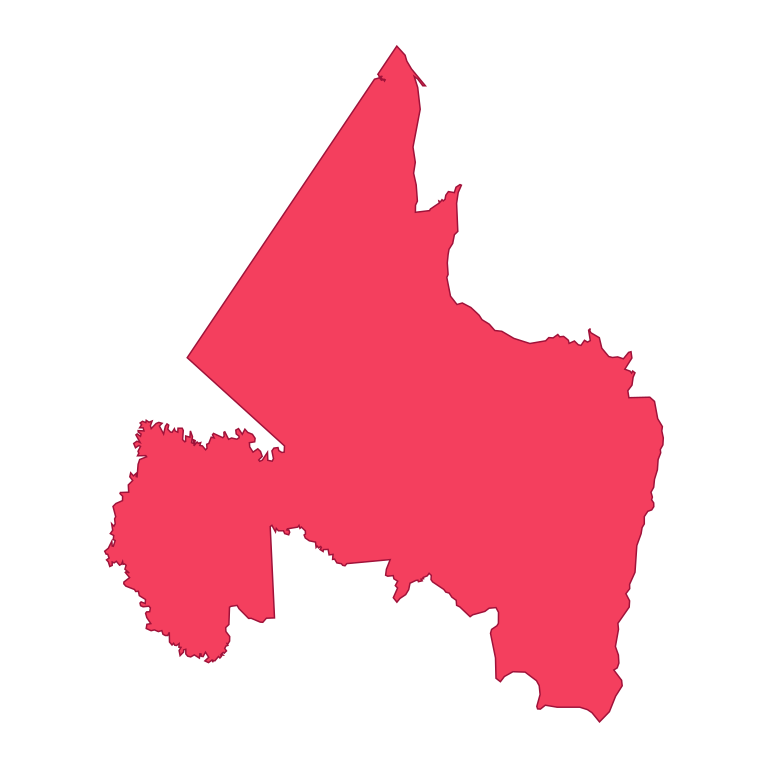 the district of San Vicente De Chucuri, Santander, Colombia
{"feature_id": "7082276B82845110848853", "entity_name": "San Vicente De Chucuri", "entity_type": "district", "adm_level": 2, "iso_a3": "COL", "parent_name": "Colombia", "parent_adm1": "Santander", "projection": "natural_earth1", "projection_center": [-73.583, 6.928], "detail": "fine", "context": "isolated", "style": "filled", "palette": "rose", "viewbox_px": 768, "rotation_deg": 0, "n_neighbors": 0, "source": "geoboundaries", "source_scale": "gbopen_adm2", "svg_char_len": 6109}
<svg xmlns="http://www.w3.org/2000/svg" viewBox="0 0 768 768"><path d="M128.3,484.9L128.7,492.2L120.4,492.5L120.0,493.6L122.6,496.2L122.5,500.6L115.9,503.5L113.0,506.4L115.7,516.7L114.6,518.9L115.2,523.8L113.9,526.2L111.7,523.8L112.7,530.3L110.3,533.6L113.7,535.5L113.3,539.6L115.2,540.5L113.3,546.3L112.2,546.1L111.8,541.2L108.3,548.3L104.7,551.2L106.1,554.1L107.7,554.3L109.1,558.0L106.5,559.9L108.3,561.8L109.8,566.5L112.2,565.4L112.2,562.0L114.1,562.9L116.3,561.3L119.6,565.2L121.5,564.2L122.6,561.6L123.1,564.3L124.5,563.9L126.1,565.3L124.9,569.2L129.3,573.0L126.2,571.6L125.3,572.4L129.6,577.6L123.9,582.0L123.8,583.8L125.8,586.1L134.5,589.5L135.7,591.5L138.4,591.3L139.3,595.6L145.5,599.5L145.2,603.5L141.1,601.9L140.0,603.1L140.6,605.7L143.1,606.8L148.9,606.2L150.4,607.9L149.7,611.7L146.6,611.9L145.6,613.3L146.8,617.6L150.8,623.6L146.9,624.3L146.2,628.5L151.1,630.7L154.4,629.9L158.4,631.6L161.8,630.6L163.0,634.3L165.3,635.5L167.7,635.5L169.3,632.3L169.5,642.0L172.0,645.0L173.6,643.3L174.7,645.2L176.5,645.5L179.1,643.6L178.9,647.2L181.0,647.4L179.1,650.5L180.1,655.6L183.6,652.0L183.6,649.9L185.8,649.3L185.8,653.9L187.7,656.2L190.7,656.9L194.3,654.9L199.4,658.1L199.9,653.8L201.0,653.9L201.2,656.3L203.1,656.6L205.5,652.2L208.7,657.3L204.9,660.9L208.5,662.6L211.9,660.1L213.0,662.2L213.0,660.4L214.9,660.8L218.5,656.5L219.9,658.0L221.4,656.4L220.8,655.0L223.1,655.1L221.7,653.7L223.2,652.4L224.2,653.2L226.5,650.9L224.7,648.4L226.0,646.0L227.9,645.4L227.0,643.5L228.1,643.6L229.6,641.1L229.7,636.5L225.9,631.5L225.7,627.6L228.9,624.5L229.5,607.2L231.0,606.3L237.1,605.4L239.0,608.7L248.6,618.4L251.2,618.3L260.2,622.1L262.8,622.3L266.4,618.2L274.5,617.9L270.2,526.6L271.9,525.3L275.5,531.9L276.3,528.4L278.4,530.8L283.5,530.8L284.7,533.6L288.7,534.8L289.7,532.2L288.9,530.2L286.8,529.9L287.4,528.8L297.8,527.1L299.0,525.4L300.0,528.3L301.4,527.1L305.3,530.8L305.5,534.0L304.1,535.0L305.3,538.0L309.3,540.8L315.5,542.1L316.1,547.4L317.1,546.1L318.6,547.9L320.7,546.5L321.4,547.6L320.0,549.5L323.1,551.5L323.4,549.6L328.1,549.4L329.1,554.9L333.0,554.4L332.6,559.4L334.6,559.1L336.9,562.9L341.4,563.7L342.7,565.3L345.0,565.8L346.8,563.6L390.2,559.6L386.4,569.2L385.6,575.2L387.7,576.2L393.2,575.6L393.9,578.8L397.7,581.2L395.3,585.6L397.6,588.0L393.3,597.7L396.9,602.2L400.0,598.4L405.7,594.6L408.7,589.6L410.0,583.2L416.0,580.4L417.9,580.2L418.4,581.7L422.2,580.8L421.1,579.2L423.6,578.7L423.1,577.5L427.3,575.8L429.1,573.3L431.3,575.4L431.0,579.6L432.6,581.9L443.8,589.4L445.8,592.1L449.2,593.1L451.8,597.1L456.2,600.3L456.6,605.3L459.8,606.9L470.1,616.7L472.7,614.8L484.9,611.4L489.1,608.2L496.0,607.6L498.5,612.3L498.4,623.4L496.9,625.8L491.6,629.4L490.5,633.3L495.5,657.9L496.0,678.3L500.4,681.7L504.4,676.5L512.9,671.7L525.1,672.1L536.5,680.7L539.2,685.7L540.1,694.5L536.8,706.4L537.6,708.9L540.4,709.1L545.3,705.2L557.2,707.2L579.8,707.2L587.4,709.6L592.0,712.7L599.5,721.9L609.4,711.7L615.6,696.2L622.2,685.8L621.6,680.3L613.8,670.0L617.2,667.9L618.9,663.1L618.4,655.0L615.4,646.5L618.5,629.3L617.9,623.3L629.2,607.1L629.6,600.8L625.9,593.7L629.7,588.7L629.6,584.3L635.0,572.3L636.8,545.6L641.1,533.7L642.1,527.6L644.3,523.9L644.3,516.6L647.8,511.3L651.7,509.9L653.8,506.7L653.7,502.9L651.6,499.8L652.4,497.1L651.0,492.2L653.7,487.3L654.5,479.3L657.4,469.8L658.1,459.6L660.7,452.8L660.3,449.5L662.9,444.9L663.3,437.9L661.8,430.9L662.4,426.6L657.7,418.7L654.5,401.4L649.8,397.2L628.9,397.7L627.8,390.7L632.0,385.1L633.1,377.3L635.0,372.8L632.7,371.0L631.6,373.1L630.2,371.2L624.8,369.2L631.9,358.0L631.0,351.7L628.6,352.4L623.4,358.8L617.7,356.9L612.4,357.5L608.7,356.5L601.8,348.2L599.3,337.7L590.8,332.7L589.7,330.2L590.4,328.6L588.6,330.2L590.3,340.6L587.5,342.1L584.5,340.3L581.0,345.4L578.3,344.8L574.4,341.0L569.1,343.4L568.4,340.3L566.2,338.4L563.6,336.4L559.7,336.8L557.8,334.5L553.1,337.9L548.8,337.6L545.7,340.8L529.9,343.5L513.9,338.4L501.8,331.3L494.8,330.5L489.3,324.2L482.0,319.7L479.1,315.2L470.9,307.5L462.3,303.0L457.0,304.5L450.5,296.2L446.8,277.4L448.1,274.5L447.3,262.9L448.1,254.7L449.0,249.3L452.7,243.4L454.4,234.7L457.8,231.4L456.6,203.3L458.2,192.5L461.4,185.2L460.0,184.6L456.0,187.2L454.3,192.6L448.4,191.6L445.8,195.2L445.0,199.4L443.2,200.9L442.0,199.7L440.4,201.9L438.9,201.0L439.3,203.0L430.4,209.0L429.6,210.6L415.4,212.3L415.5,205.2L417.4,201.1L416.2,184.9L413.6,173.2L415.3,162.3L413.0,147.1L420.2,109.3L417.7,87.4L414.2,76.4L417.7,79.0L422.8,85.8L425.4,85.8L411.5,69.0L406.8,61.1L405.1,55.2L396.8,46.1L377.5,74.8L378.3,74.3L379.2,76.8L382.4,76.2L380.5,77.5L382.9,79.7L383.1,79.3L384.6,79.4L385.2,79.8L384.5,81.0L383.7,79.5L381.4,80.2L379.6,77.8L374.5,79.2L187.2,357.7L284.5,445.9L284.2,452.1L281.9,452.5L278.8,450.6L278.0,447.6L273.9,448.1L271.9,450.9L273.5,458.7L272.1,461.2L267.8,460.3L267.5,452.3L262.3,460.2L259.7,461.3L258.7,460.0L262.2,456.4L260.5,451.4L257.8,448.8L253.0,452.1L249.7,446.9L249.4,442.7L254.7,441.8L255.1,438.3L252.4,434.3L247.7,432.4L244.9,429.2L242.3,434.3L238.5,428.6L235.8,430.1L236.2,433.9L239.0,436.2L239.1,437.7L236.9,439.2L231.5,438.0L228.6,439.3L224.8,431.8L223.9,432.3L224.1,436.3L222.8,437.7L213.5,433.4L212.5,434.8L214.1,437.9L211.2,437.2L208.8,443.4L206.7,444.3L207.0,448.3L205.6,449.8L202.4,445.9L199.8,445.4L200.7,442.6L198.4,443.3L197.1,442.0L193.9,445.9L195.2,440.6L193.5,439.8L193.4,443.5L191.5,442.7L192.5,436.7L190.4,430.9L189.9,437.2L185.7,436.0L185.6,441.4L184.7,441.8L182.6,439.6L183.3,430.5L182.2,428.2L178.0,428.2L177.8,432.2L175.2,431.0L174.4,428.7L172.1,432.3L170.5,432.1L167.8,429.2L168.7,425.1L167.0,423.9L165.4,426.2L163.6,434.0L159.4,426.0L162.1,423.3L158.8,422.4L156.1,423.5L151.2,428.6L150.4,425.7L152.1,421.0L149.0,422.2L146.2,420.3L145.8,422.6L142.5,421.3L140.1,423.0L141.6,424.8L139.6,427.8L143.1,427.8L144.0,430.9L138.1,430.6L138.2,432.0L141.1,434.0L140.5,436.3L137.2,433.9L135.9,434.9L140.1,442.5L136.9,441.2L133.7,443.5L135.5,447.8L138.9,445.5L140.5,446.4L138.0,451.3L138.8,453.2L137.5,455.8L145.8,455.6L146.6,456.8L139.7,459.5L138.1,464.3L137.1,476.8L136.2,476.6L136.5,473.1L133.4,475.9L130.7,472.8L129.8,476.8L132.7,480.5L128.3,484.9Z" fill="#f43f5e" stroke="#9f1239" stroke-width="1.5"/></svg>